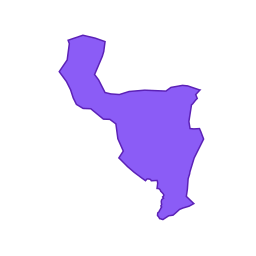 Cenxer, Arhangay, Mongolia, rotated 296°
{"feature_id": "93677404B83456486542542", "entity_name": "Cenxer", "entity_type": "district", "adm_level": 2, "iso_a3": "MNG", "parent_name": "Mongolia", "parent_adm1": "Arhangay", "projection": "mercator", "projection_center": [101.504, 47.228], "detail": "fine", "context": "isolated", "style": "filled", "palette": "violet", "viewbox_px": 256, "rotation_deg": 296, "n_neighbors": 0, "source": "geoboundaries", "source_scale": "gbopen_adm2", "svg_char_len": 1667}
<svg xmlns="http://www.w3.org/2000/svg" viewBox="0 0 256 256"><g transform="rotate(296 128 128)"><path d="M193.7,176.0L193.6,175.7L192.0,163.2L190.2,158.3L183.3,148.8L177.8,145.9L169.3,126.4L161.3,113.0L154.3,105.6L151.1,97.6L149.8,91.8L158.4,80.4L161.4,74.5L181.1,73.5L186.0,72.7L195.6,69.5L194.4,59.2L191.6,46.8L184.4,39.5L180.6,35.7L178.1,38.3L162.5,43.5L148.5,41.5L144.8,48.5L142.8,52.3L137.0,59.9L136.9,59.9L131.0,65.6L126.6,71.3L125.9,79.1L129.0,86.1L127.2,93.6L125.2,102.0L127.8,107.9L126.4,115.3L113.9,123.6L105.2,133.9L97.1,132.9L93.1,144.5L91.0,152.5L90.9,152.9L88.9,163.3L88.9,163.5L88.3,166.8L90.2,167.3L90.7,167.7L91.0,168.3L91.3,169.2L91.5,169.9L91.6,170.4L91.3,171.4L90.8,172.1L93.6,177.1L93.3,177.5L92.3,178.3L91.9,178.5L91.4,178.9L86.4,180.6L86.9,181.8L86.9,182.9L86.8,183.4L86.3,184.3L85.5,185.2L85.1,186.4L84.5,188.0L84.0,188.9L83.5,189.6L82.6,189.8L81.2,189.3L80.5,190.7L78.7,189.8L77.9,189.8L77.3,189.9L76.3,190.2L75.6,190.7L75.0,191.0L74.5,191.5L73.9,191.8L72.9,191.8L72.4,191.7L72.0,192.2L71.8,192.8L71.1,192.9L70.7,192.7L70.2,192.6L69.7,192.7L69.1,192.8L68.4,192.7L67.9,192.5L67.4,192.5L66.9,192.7L66.0,192.5L65.0,192.0L64.3,192.1L63.2,192.5L62.4,192.8L62.1,193.1L62.0,193.4L61.9,193.9L61.3,194.9L60.4,196.2L60.7,196.9L60.7,197.9L60.8,198.0L61.0,199.5L67.0,203.1L69.4,206.7L72.4,208.0L77.4,210.0L80.2,212.5L84.5,217.2L88.9,220.3L92.1,210.4L99.0,208.2L108.7,204.3L113.8,203.5L115.6,202.9L130.0,200.6L151.2,200.8L156.1,195.6L156.3,195.4L158.8,192.5L156.0,187.5L154.7,184.0L160.5,179.9L167.9,177.6L176.7,174.9L177.9,175.5L178.0,175.5L182.9,176.6L184.9,177.3L187.7,174.2L193.7,176.0Z" fill="#8b5cf6" stroke="#5b21b6" stroke-width="1.5"/></g></svg>